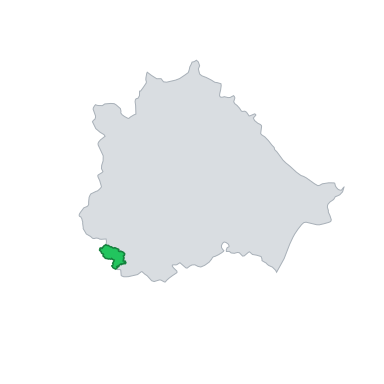 Rasony, Vitebsk, Belarus (highlighted), rotated 216°
{"feature_id": "67162791B65560195088656", "entity_name": "Rasony", "entity_type": "district", "adm_level": 2, "iso_a3": "BLR", "parent_name": "Belarus", "parent_adm1": "Vitebsk", "projection": "orthographic", "projection_center": [28.698, 55.907], "detail": "fine", "context": "in_parent", "style": "filled", "palette": "green", "viewbox_px": 384, "rotation_deg": 216, "n_neighbors": 0, "source": "geoboundaries", "source_scale": "gbopen_adm2", "svg_char_len": 7128}
<svg xmlns="http://www.w3.org/2000/svg" viewBox="0 0 384 384"><g transform="rotate(216 192 192)"><path d="M298.6,262.6L293.4,262.5L287.1,262.9L283.6,265.5L279.8,264.4L277.1,265.9L271.1,272.8L268.7,276.5L266.6,282.2L265.2,286.4L266.1,289.3L267.3,291.9L267.7,294.8L268.3,297.1L266.8,298.8L265.9,301.2L263.3,300.9L260.0,298.6L259.2,295.3L256.6,293.1L255.0,291.9L252.3,291.8L247.9,293.0L242.3,293.9L238.0,294.2L235.7,295.4L232.2,296.6L230.9,295.2L228.9,291.5L227.3,287.7L226.3,286.1L225.3,285.6L224.2,285.7L222.8,286.9L221.9,288.1L218.3,289.6L216.7,290.9L215.0,294.4L213.8,294.1L212.6,293.3L211.3,289.5L209.4,288.6L206.4,288.5L202.7,287.7L199.7,286.5L198.6,286.8L196.8,288.4L194.8,288.6L190.6,287.1L189.8,287.8L187.3,292.0L186.1,292.2L185.5,291.6L185.9,287.9L183.4,286.6L179.3,286.3L176.4,286.8L174.9,286.6L174.2,285.9L170.8,279.6L168.9,279.2L165.5,279.4L160.5,278.5L154.9,276.9L151.7,276.3L150.1,274.9L146.6,274.3L137.2,271.3L133.4,270.7L127.7,270.4L119.1,269.4L113.5,269.4L110.9,270.2L107.9,270.6L97.6,270.7L93.9,271.1L92.7,272.4L91.4,275.2L86.8,279.8L82.5,282.8L81.7,283.0L79.4,281.1L77.4,280.4L75.1,280.0L73.4,280.5L72.2,281.2L72.1,285.0L71.9,285.3L70.3,280.7L70.8,276.6L72.0,274.4L73.3,272.4L73.0,269.2L74.5,265.1L74.8,262.1L74.4,260.7L73.5,259.2L70.9,257.3L69.9,255.9L66.4,253.9L63.0,251.4L62.5,250.1L62.7,249.2L63.5,247.8L66.5,244.0L69.7,240.3L71.7,238.9L82.0,234.6L83.6,232.9L84.2,229.9L84.4,223.9L84.2,218.4L83.7,214.5L82.3,207.3L78.3,192.2L76.4,176.8L78.3,177.8L82.8,178.5L86.6,177.7L88.5,177.7L90.1,178.1L95.0,177.6L96.1,179.0L98.2,180.4L102.5,178.9L106.4,177.0L110.3,177.4L110.9,176.4L112.2,171.0L113.4,169.9L118.0,170.7L119.7,169.8L121.7,167.3L124.5,165.7L126.8,165.9L129.2,164.1L130.3,165.4L130.8,167.7L129.9,169.4L130.2,170.1L131.8,171.1L134.7,171.2L136.5,170.5L137.0,169.5L137.0,167.7L136.7,165.9L135.5,164.4L133.3,163.5L131.8,163.4L131.6,162.5L132.2,160.5L133.7,156.8L135.5,153.5L136.6,152.2L136.9,151.1L136.7,149.0L136.9,145.3L138.6,140.2L140.8,136.5L143.5,135.3L146.9,134.8L149.1,133.0L150.2,130.9L151.2,127.6L152.3,127.0L160.2,127.7L161.5,124.4L162.2,123.5L163.8,122.5L164.9,121.4L164.5,120.5L162.5,119.8L157.7,119.1L156.8,118.0L157.2,116.7L158.5,113.3L159.9,108.9L160.6,105.5L160.7,103.5L161.4,103.0L165.3,102.5L166.6,101.8L170.0,97.3L172.5,96.5L179.0,97.9L182.0,97.8L185.7,98.2L186.1,97.8L187.5,93.2L193.9,85.9L197.4,83.3L199.5,82.8L200.3,82.9L203.7,86.9L204.5,87.0L206.8,85.4L210.7,85.3L212.5,86.6L215.1,91.4L216.5,92.0L220.3,89.3L222.4,88.4L223.8,88.4L231.1,92.1L231.6,93.3L231.7,94.7L230.6,99.0L232.1,101.7L233.9,103.5L237.6,100.4L239.0,99.6L240.5,99.5L242.5,98.4L243.9,96.7L245.3,96.1L248.0,96.4L252.8,95.9L258.5,98.4L259.0,99.2L261.9,102.2L262.9,103.7L263.8,104.2L265.4,105.6L267.4,106.5L268.8,106.2L269.5,106.7L270.1,107.8L270.3,109.8L270.2,115.6L268.3,118.7L268.1,119.7L268.2,121.0L269.9,123.4L272.1,127.2L272.6,129.4L272.7,131.1L270.0,136.1L269.1,137.3L268.5,139.7L268.2,142.2L268.5,143.2L273.4,147.0L277.0,149.0L277.9,150.0L277.9,150.7L276.2,154.9L276.0,156.1L279.0,157.7L280.7,160.4L282.2,164.9L285.1,169.1L295.6,174.9L296.5,176.0L296.9,177.3L296.7,180.3L295.1,186.0L296.9,186.7L301.4,186.3L307.0,186.7L313.8,190.3L313.9,192.1L313.3,193.7L313.8,195.4L314.7,196.8L320.7,200.9L321.3,202.2L321.5,204.3L321.4,205.9L319.8,206.3L318.1,207.2L315.3,209.2L314.3,212.0L309.8,215.9L306.9,217.7L304.6,217.9L299.0,217.4L297.0,215.7L296.1,214.1L293.9,213.4L291.1,213.4L287.2,213.9L286.4,214.4L285.9,216.5L284.4,220.1L283.2,222.1L288.5,228.9L291.1,231.6L292.0,233.3L292.0,234.6L290.8,236.1L291.1,239.0L293.7,242.8L292.9,243.5L292.9,248.2L293.1,253.3L293.8,254.5L295.2,255.5L296.4,257.3L298.4,261.5L298.6,262.6Z" fill="#d9dde1" stroke="#a8b0b8" stroke-width="1"/><path d="M230.7,98.7L230.8,98.3L231.0,97.8L231.4,97.3L231.6,96.5L231.5,96.1L231.4,95.4L231.7,95.1L231.9,94.5L231.6,94.1L231.5,93.7L231.7,93.4L232.2,93.3L232.9,93.2L233.4,92.4L233.3,92.1L233.1,91.8L232.5,91.6L232.5,91.2L232.7,90.7L232.4,90.5L231.6,90.4L231.0,90.4L230.4,90.4L230.1,90.0L229.8,89.6L229.1,89.4L228.4,89.4L227.9,89.5L227.1,89.7L226.8,89.4L226.8,88.7L226.6,88.3L226.2,87.9L225.7,87.7L225.3,87.9L224.6,88.0L224.3,87.7L223.7,87.5L222.9,87.5L222.2,87.8L221.8,88.2L221.4,88.3L220.6,88.5L220.0,88.8L219.7,89.4L218.7,89.6L218.0,90.2L218.0,91.0L217.5,91.0L216.8,90.7L216.2,90.9L215.5,91.1L214.9,91.2L214.8,90.7L214.5,90.3L214.5,89.6L214.4,88.7L214.4,88.2L214.2,87.6L213.6,87.5L213.3,87.1L213.1,86.5L213.1,86.1L213.2,85.6L213.5,85.3L213.4,85.0L212.9,85.0L212.3,84.8L212.0,84.5L211.5,84.3L211.0,84.4L210.2,84.4L209.2,84.6L208.5,84.8L208.4,84.8L208.3,85.5L208.2,85.7L208.1,85.9L208.1,86.2L208.1,86.4L208.0,86.7L207.9,86.9L207.8,87.1L207.9,87.3L207.9,87.6L208.0,87.7L208.2,87.8L208.3,87.7L208.5,87.7L208.8,87.4L209.0,87.4L209.0,87.5L208.9,87.8L208.8,88.0L208.6,88.4L208.3,88.4L208.2,88.3L207.9,88.5L207.7,88.7L207.5,88.8L207.5,89.0L207.8,89.2L208.0,89.3L208.0,89.5L208.0,89.8L207.9,90.1L207.8,90.3L207.6,90.4L207.6,90.6L207.6,90.8L207.6,91.1L207.5,91.4L207.4,91.7L207.3,91.8L207.2,91.9L207.0,91.7L206.9,91.8L206.7,91.8L206.4,91.8L206.3,92.0L206.3,92.3L206.4,92.5L206.5,92.7L206.4,92.8L206.2,93.0L205.8,93.1L205.6,93.1L205.4,93.3L205.3,93.5L205.3,93.9L205.3,94.3L205.3,94.5L205.2,94.7L204.9,94.8L204.7,94.8L204.4,94.8L204.3,94.7L204.3,94.4L204.2,94.4L203.9,94.6L203.8,95.0L203.8,95.3L203.9,95.7L203.9,95.9L204.1,96.0L204.3,96.0L204.4,95.9L204.5,95.8L204.6,95.7L204.8,95.4L205.0,95.5L204.9,95.8L204.8,96.0L204.7,96.1L204.8,96.3L205.0,96.3L205.1,96.5L205.2,96.8L205.4,96.8L205.5,96.7L205.8,96.5L206.0,96.4L206.3,96.2L206.5,96.1L206.8,96.3L207.0,96.4L207.2,96.2L207.3,96.0L207.5,96.3L207.5,96.5L207.6,96.8L207.6,97.0L207.8,97.2L208.0,97.3L208.2,97.5L208.2,97.8L207.9,98.0L208.0,98.2L208.2,98.3L208.2,98.5L208.3,98.8L208.6,99.0L208.9,99.0L209.0,99.1L209.2,99.3L209.3,99.4L209.4,99.5L209.6,99.6L209.8,99.8L210.0,100.0L209.9,100.3L209.7,100.5L209.5,100.8L209.6,101.0L209.6,101.3L209.6,101.5L209.9,101.6L210.0,101.7L210.0,101.8L210.0,102.0L210.1,102.3L210.2,102.5L210.5,102.5L210.8,102.5L211.0,102.5L211.3,102.7L211.4,102.8L211.6,102.9L211.8,102.8L212.0,102.7L212.3,102.7L212.4,102.8L212.6,102.8L212.8,102.8L213.0,102.8L213.2,102.7L213.3,102.6L213.6,102.5L213.8,102.5L214.0,102.5L214.2,102.4L214.3,102.4L214.6,102.3L214.8,102.3L214.8,102.2L214.9,101.9L215.0,101.8L215.2,101.7L215.3,101.5L215.3,101.4L215.5,101.4L215.7,101.5L215.8,101.5L216.1,101.4L216.1,101.2L216.4,101.0L216.5,101.1L216.8,101.1L217.0,101.2L217.1,101.4L217.1,101.5L217.2,101.8L217.2,102.0L217.3,102.3L217.5,102.5L217.8,102.5L218.0,102.5L218.1,102.4L218.4,102.3L218.7,102.3L218.9,102.2L219.1,102.1L219.3,102.1L219.6,102.0L219.8,102.0L220.0,102.0L220.3,101.9L220.5,101.8L220.9,101.8L221.0,101.8L221.1,101.7L221.4,101.6L221.6,101.6L221.8,101.5L221.9,101.4L222.0,101.3L222.1,101.1L222.1,100.9L222.2,100.7L222.3,100.7L222.5,100.7L222.8,100.4L223.0,100.3L223.5,100.3L224.0,100.3L224.4,100.3L224.8,100.3L225.0,100.3L225.2,100.1L225.3,99.9L225.5,99.8L225.7,99.7L226.0,99.7L226.8,99.6L227.0,99.6L227.4,99.6L227.9,99.6L228.3,99.6L228.5,99.5L228.6,99.4L228.8,99.2L229.0,99.1L229.1,98.9L229.4,98.9L229.5,98.8L229.8,98.7L230.0,98.7L230.7,98.7Z" fill="#22c55e" stroke="#15803d" stroke-width="1.5"/></g></svg>